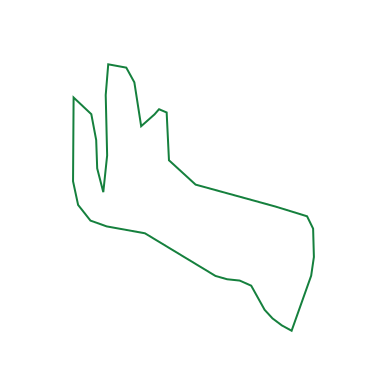 SVG path tracing the border of Middle Caicos, rotated 203°
{"feature_id": "TCA-5003", "entity_name": "Middle Caicos", "entity_type": "state/province", "adm_level": 1, "iso_a3": "TCA", "parent_name": "Turks and Caicos Islands", "parent_adm1": "", "projection": "natural_earth1", "projection_center": [-71.735, 21.8], "detail": "fine", "context": "isolated", "style": "outline", "palette": "green", "viewbox_px": 384, "rotation_deg": 203, "n_neighbors": 0, "source": "natural_earth", "source_scale": "10m", "svg_char_len": 578}
<svg xmlns="http://www.w3.org/2000/svg" viewBox="0 0 384 384"><g transform="rotate(203 192 192)"><path d="M109.6,211.2L76.6,214.6L66.2,205.6L54.4,179.8L49.6,161.5L46.1,103.2L57.2,104.3L68.5,107.1L79.1,111.9L100.9,128.9L113.5,129.1L125.6,125.4L137.6,123.9L219.2,135.6L257.1,127.0L274.3,126.0L291.8,135.6L305.7,155.4L337.9,232.7L315.1,224.3L300.5,202.4L288.5,176.7L273.6,157.2L284.4,192.5L309.3,247.5L319.0,276.8L301.1,280.8L287.9,270.4L264.5,232.7L256.8,248.9L254.7,255.3L246.4,255.3L225.6,212.2L191.6,200.2L109.6,211.2Z" fill="none" stroke="#15803d" stroke-width="2"/></g></svg>